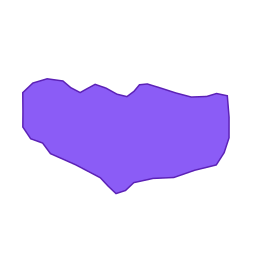 an SVG outline of Ucar, rotated 350°
{"feature_id": "AZE-1718", "entity_name": "Ucar", "entity_type": "District", "adm_level": 1, "iso_a3": "AZE", "parent_name": "Azerbaijan", "parent_adm1": "", "projection": "mercator", "projection_center": [47.727, 40.414], "detail": "fine", "context": "isolated", "style": "filled", "palette": "violet", "viewbox_px": 256, "rotation_deg": 350, "n_neighbors": 0, "source": "natural_earth", "source_scale": "10m", "svg_char_len": 608}
<svg xmlns="http://www.w3.org/2000/svg" viewBox="0 0 256 256"><g transform="rotate(350 128 128)"><path d="M231.4,113.5L229.4,134.9L225.8,155.2L218.4,169.0L208.5,179.7L186.2,181.2L164.5,184.7L143.9,182.0L124.2,182.8L114.7,189.1L104.8,190.5L98.5,182.0L92.1,172.2L70.0,155.1L47.2,139.8L41.3,128.0L30.3,121.7L24.6,108.8L27.4,93.5L30.5,74.9L42.1,67.2L56.9,65.5L72.1,70.4L78.6,78.3L87.0,84.8L94.8,82.1L103.2,79.3L113.4,85.0L123.0,92.8L132.4,96.9L140.3,92.9L146.8,87.4L154.7,88.0L168.0,94.8L181.2,101.8L195.7,108.5L211.0,110.6L221.2,109.4L231.4,113.5Z" fill="#8b5cf6" stroke="#5b21b6" stroke-width="1.5"/></g></svg>